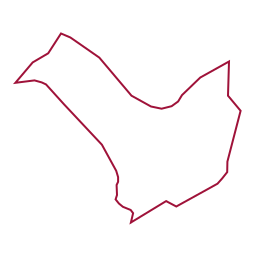 the border of Ptuj
{"feature_id": "SVN-216", "entity_name": "Ptuj", "entity_type": "Municipality", "adm_level": 1, "iso_a3": "SVN", "parent_name": "Slovenia", "parent_adm1": "", "projection": "natural_earth1", "projection_center": [15.87, 46.441], "detail": "fine", "context": "isolated", "style": "outline", "palette": "rose", "viewbox_px": 256, "rotation_deg": 0, "n_neighbors": 0, "source": "natural_earth", "source_scale": "10m", "svg_char_len": 569}
<svg xmlns="http://www.w3.org/2000/svg" viewBox="0 0 256 256"><path d="M61.0,33.5L70.4,37.5L99.3,57.6L131.5,95.7L151.0,106.5L161.6,108.7L171.6,106.2L178.1,101.5L182.0,95.1L200.3,77.5L229.0,61.5L228.0,95.7L240.6,110.8L227.4,161.6L227.2,172.1L222.3,178.3L217.5,183.7L176.3,206.5L166.1,201.1L130.9,222.5L133.1,213.2L130.7,210.0L122.9,206.8L118.9,203.5L115.6,199.4L117.0,195.0L116.6,185.0L118.1,181.8L118.1,177.1L116.2,170.8L101.9,144.7L64.1,104.4L46.0,84.4L41.7,82.4L34.5,80.4L15.4,82.8L32.7,62.4L48.2,53.3L61.0,33.5Z" fill="none" stroke="#9f1239" stroke-width="2"/></svg>